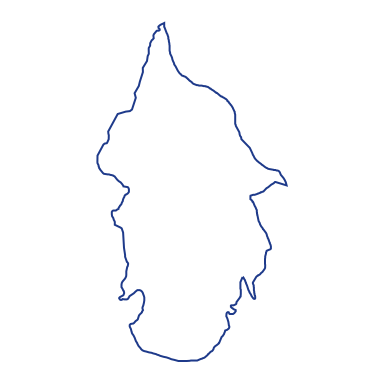 Alvarado, Cartago, Costa Rica (Mercator projection)
{"feature_id": "36466004B14644895644866", "entity_name": "Alvarado", "entity_type": "district", "adm_level": 2, "iso_a3": "CRI", "parent_name": "Costa Rica", "parent_adm1": "Cartago", "projection": "mercator", "projection_center": [-83.805, 9.945], "detail": "fine", "context": "isolated", "style": "outline", "palette": "blue", "viewbox_px": 384, "rotation_deg": 0, "n_neighbors": 0, "source": "geoboundaries", "source_scale": "gbopen_adm2", "svg_char_len": 6022}
<svg xmlns="http://www.w3.org/2000/svg" viewBox="0 0 384 384"><path d="M164.2,23.0L160.5,24.8L159.3,25.7L158.4,26.6L158.5,27.9L159.7,29.2L159.7,30.0L158.8,30.7L157.0,30.7L156.5,31.0L153.8,34.3L153.4,35.6L153.7,38.3L152.7,39.5L151.7,40.3L150.2,43.2L150.1,45.7L148.8,47.9L148.7,48.8L148.8,53.8L147.7,56.1L147.0,61.0L142.8,67.9L142.9,72.1L139.9,81.5L138.8,86.0L134.6,93.2L135.8,97.8L132.0,109.5L129.9,111.1L125.8,111.6L117.7,114.0L108.2,131.5L108.4,133.7L108.8,135.2L108.7,139.2L107.3,142.4L106.8,143.2L104.6,143.6L103.4,144.6L97.5,155.6L97.4,162.0L97.5,163.2L98.5,165.2L98.7,166.7L99.0,167.1L99.3,168.4L99.8,168.8L100.0,169.4L103.0,173.1L103.9,173.8L107.7,174.4L109.0,174.4L110.4,174.9L111.7,175.1L113.3,175.6L113.4,175.8L114.6,176.4L117.2,179.7L118.8,181.2L120.7,182.4L122.3,184.3L123.5,186.1L123.5,186.4L127.6,187.1L128.1,187.4L128.4,187.9L128.9,189.1L128.9,191.7L128.7,192.3L127.7,193.5L126.7,194.2L126.1,194.4L125.7,194.8L125.4,194.8L124.6,195.8L124.4,196.7L123.5,198.3L122.9,200.0L122.8,201.0L121.9,202.6L121.3,204.3L120.5,205.2L120.0,205.6L119.7,206.4L118.9,207.4L118.5,208.3L118.5,208.9L116.9,209.7L115.9,210.5L113.3,210.5L112.5,210.9L111.8,212.0L111.8,214.3L112.1,216.2L113.3,218.1L113.8,219.9L114.3,220.7L114.8,221.9L114.8,224.8L120.6,227.6L121.7,228.4L123.1,232.5L124.0,247.8L125.1,255.1L125.1,256.8L126.9,261.9L127.2,262.0L128.1,263.3L128.1,264.3L127.7,266.2L127.2,267.0L126.3,271.3L126.3,274.9L126.1,276.5L125.1,278.5L122.5,281.6L121.8,283.0L121.5,284.6L121.5,287.2L122.4,288.6L123.3,290.6L123.6,290.7L124.1,292.2L124.1,293.5L123.3,295.3L119.9,297.1L119.2,297.9L119.2,298.5L120.4,299.9L121.7,299.9L122.5,299.1L124.8,299.4L126.7,299.4L127.6,299.1L128.2,298.5L129.6,296.1L133.8,293.3L135.6,291.5L137.4,290.1L139.7,290.1L141.0,290.7L142.0,291.6L142.8,292.9L143.5,295.0L143.7,295.3L144.3,297.4L144.3,300.4L143.9,302.9L143.3,305.4L142.5,307.4L142.5,308.7L143.0,310.1L142.0,311.7L142.0,312.1L141.2,313.2L140.7,313.5L139.0,315.4L137.8,319.3L137.3,319.9L135.6,321.1L134.0,323.0L133.1,323.6L132.5,323.6L130.6,324.0L129.8,324.8L129.7,325.1L129.7,326.4L129.9,327.0L130.9,329.0L131.5,331.5L131.8,332.1L131.8,332.7L132.2,333.6L133.5,335.4L134.7,337.8L135.9,341.1L137.2,343.1L137.2,343.4L138.5,345.9L140.6,348.3L141.1,349.1L142.4,350.3L144.2,351.1L146.0,351.5L149.1,352.4L151.6,352.8L153.1,353.4L156.0,354.1L157.4,354.8L158.4,355.0L160.1,355.8L163.6,356.8L166.5,357.4L169.2,358.3L171.3,359.2L174.4,359.9L178.4,361.0L186.9,361.0L189.8,360.8L191.0,360.5L197.3,360.5L200.7,359.0L202.0,358.7L202.5,358.3L203.7,358.0L204.8,357.4L207.5,355.1L208.1,354.1L208.4,354.1L210.6,351.8L212.0,351.1L212.6,350.5L213.4,349.3L213.9,347.6L214.5,346.9L215.4,346.0L216.5,345.3L218.5,343.7L218.9,343.3L218.9,342.9L219.2,342.8L221.6,337.0L222.7,336.0L224.1,333.9L224.2,333.3L224.8,332.0L225.2,330.5L227.0,329.9L228.8,328.5L229.3,327.3L229.3,326.3L228.9,325.5L228.4,322.0L227.4,318.6L226.3,316.2L226.5,313.7L226.9,312.8L227.6,312.2L228.6,312.2L229.5,313.9L229.8,314.0L233.0,314.0L234.3,313.1L235.7,311.3L235.7,310.1L233.4,309.1L232.8,308.4L231.7,307.8L230.9,306.9L230.9,305.6L231.3,305.3L233.6,305.3L235.8,304.3L236.3,303.7L236.5,302.1L239.7,297.8L240.3,296.6L240.6,296.5L240.8,293.9L240.8,289.7L240.4,288.8L240.4,282.2L242.2,277.9L243.2,278.2L243.2,277.9L243.4,277.6L243.9,278.3L244.0,278.8L244.9,280.0L245.5,281.9L246.0,282.8L246.0,283.3L247.0,285.5L248.2,289.3L248.7,290.6L249.3,291.4L249.5,292.4L250.9,294.5L251.5,295.9L252.7,297.6L253.6,298.7L254.6,298.9L255.0,298.7L255.2,298.3L255.2,296.8L255.0,295.5L254.7,295.2L254.5,294.3L254.5,293.3L254.2,292.9L254.2,291.3L253.9,290.4L253.9,287.3L253.7,286.9L253.7,285.4L252.9,283.5L252.9,282.5L256.3,276.8L256.9,276.2L257.8,275.8L258.0,275.3L259.4,274.8L260.1,274.2L261.2,272.9L262.4,272.0L264.5,269.1L265.1,267.9L265.2,264.9L265.0,264.0L265.0,258.8L265.2,257.9L265.2,256.4L266.0,253.5L266.0,252.5L266.5,251.6L266.5,251.1L267.0,250.6L270.5,249.2L270.9,248.5L270.9,246.5L270.6,245.0L269.8,243.3L269.8,242.7L269.6,242.5L269.1,241.2L269.0,240.7L268.6,239.9L268.6,239.4L267.8,238.2L267.8,237.7L267.0,235.9L266.7,234.4L266.0,232.9L263.4,229.4L263.0,229.2L262.7,228.3L261.2,226.4L260.0,224.2L259.8,223.2L258.6,221.0L257.5,215.6L257.3,215.3L257.3,214.3L257.0,213.9L257.0,212.4L256.8,212.1L256.8,210.1L256.0,208.6L255.7,207.6L254.7,205.9L253.4,202.7L253.2,202.2L252.7,202.0L252.7,201.5L252.3,201.3L251.9,200.4L250.4,199.2L250.4,196.2L250.5,195.7L253.2,194.8L254.7,194.8L257.1,194.0L258.0,193.5L258.5,193.5L259.2,193.1L259.7,193.0L260.4,192.7L260.6,192.3L261.6,192.2L262.0,191.9L263.4,191.5L266.5,188.2L268.2,187.2L271.3,184.6L273.5,183.4L275.0,182.0L275.5,182.0L286.6,185.4L285.8,182.3L284.6,179.8L283.4,177.9L280.8,174.8L279.9,172.5L279.4,171.7L278.7,171.0L277.6,170.5L276.6,170.5L275.4,170.0L273.8,170.0L273.6,169.8L269.0,169.0L267.9,168.7L266.9,168.0L266.6,168.0L265.0,167.0L262.3,164.9L261.7,164.7L261.3,164.1L258.5,162.1L258.3,161.8L257.1,160.9L255.1,158.7L255.0,158.4L254.6,158.0L253.3,155.3L252.9,154.9L252.4,153.4L249.8,147.9L241.4,139.2L241.1,137.2L240.2,136.0L239.7,134.6L239.3,132.2L235.8,125.8L235.7,124.8L235.2,123.9L235.2,114.7L234.7,112.8L234.7,111.8L234.4,111.4L233.4,109.2L233.0,108.5L232.9,108.0L231.1,105.1L230.7,104.9L229.9,103.6L229.4,103.3L228.4,101.6L227.5,101.2L227.3,100.4L226.3,99.3L223.3,97.4L222.4,97.1L221.7,96.4L221.1,96.4L220.7,96.2L217.0,93.0L216.5,93.0L216.3,92.6L215.8,92.5L213.6,90.7L211.4,89.4L210.7,88.7L210.2,88.7L209.9,88.3L208.2,87.2L207.9,86.9L207.0,86.8L206.5,86.5L205.5,86.4L205.1,86.1L203.6,86.1L201.7,85.6L199.1,85.6L197.7,85.1L196.7,85.1L193.4,83.8L192.4,83.0L191.5,81.9L190.7,81.5L190.4,81.1L190.0,81.0L188.9,80.0L188.3,79.2L187.8,79.0L187.3,78.3L186.5,77.8L186.3,77.4L185.2,76.7L183.9,76.3L183.6,76.0L182.6,75.8L181.7,75.4L180.9,74.3L179.7,73.4L177.8,70.7L175.6,66.4L174.2,64.4L174.1,63.4L172.8,60.6L172.2,58.8L172.2,58.2L171.5,56.4L170.1,53.6L170.1,52.6L169.6,50.7L169.6,45.6L169.4,44.6L169.3,43.1L168.9,41.6L168.8,40.1L168.3,38.6L168.3,37.1L167.6,35.2L167.4,34.3L166.8,33.4L164.5,27.3L164.2,26.9L164.2,23.0Z" fill="none" stroke="#1e3a8a" stroke-width="2"/></svg>